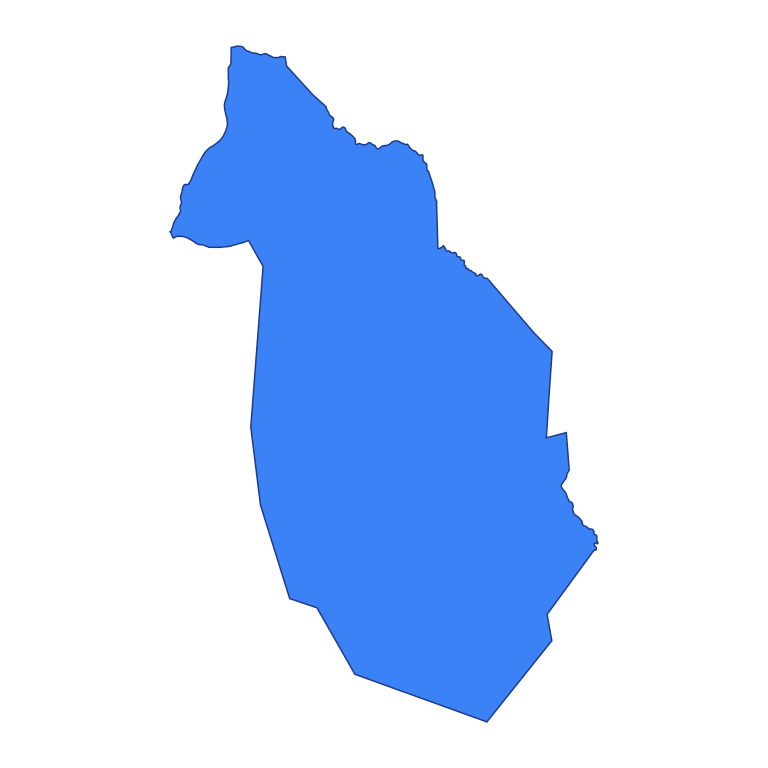 the district of Olá, Coclé, Panama
{"feature_id": "35544464B52438824154031", "entity_name": "Olá", "entity_type": "district", "adm_level": 2, "iso_a3": "PAN", "parent_name": "Panama", "parent_adm1": "Coclé", "projection": "equal_earth", "projection_center": [-80.675, 8.498], "detail": "fine", "context": "isolated", "style": "filled", "palette": "blue", "viewbox_px": 768, "rotation_deg": 0, "n_neighbors": 0, "source": "geoboundaries", "source_scale": "gbopen_adm2", "svg_char_len": 6059}
<svg xmlns="http://www.w3.org/2000/svg" viewBox="0 0 768 768"><path d="M285.2,56.9L284.1,56.9L280.6,56.5L280.3,56.6L279.5,57.2L279.1,57.4L274.7,57.7L274.1,57.6L273.1,57.3L270.3,55.9L268.2,55.0L266.6,54.0L266.0,53.7L265.2,53.7L263.8,53.9L263.1,54.1L262.1,54.5L261.0,54.7L259.4,54.6L259.0,54.5L257.6,53.7L257.0,53.5L255.3,53.2L253.2,53.0L251.5,52.7L249.5,51.6L246.8,50.8L245.8,50.2L245.2,49.7L243.6,47.7L243.2,47.4L242.5,46.9L241.6,46.6L240.6,46.3L238.5,46.1L237.3,46.1L235.6,46.5L233.5,47.1L231.2,47.4L231.1,48.7L231.2,51.6L230.9,63.5L230.7,64.2L230.4,64.8L228.6,67.2L228.4,67.8L228.2,68.8L228.2,69.6L228.3,71.6L228.4,76.1L228.2,78.4L228.5,79.9L228.7,82.4L228.4,86.3L227.9,91.0L227.6,92.8L227.2,94.8L226.2,98.0L224.9,102.0L224.6,103.4L224.4,104.9L224.5,107.2L224.8,109.7L225.2,111.7L226.1,115.4L226.6,117.5L227.2,121.1L227.3,122.4L227.4,123.8L227.3,125.1L227.0,126.8L226.5,128.5L225.3,131.8L223.8,135.1L222.5,137.3L221.1,139.1L219.4,140.8L215.9,143.8L213.1,145.8L210.4,147.2L209.0,148.3L206.5,150.6L204.8,152.6L202.7,156.0L197.7,164.8L195.5,169.5L193.2,174.3L192.2,176.9L191.1,179.8L190.0,181.6L188.8,183.7L188.3,184.2L187.5,184.5L186.4,184.6L185.0,184.5L184.6,184.6L184.0,185.1L183.4,186.1L182.7,187.6L182.3,188.8L182.2,189.4L182.4,190.2L182.2,191.1L182.0,191.8L180.9,195.2L180.5,197.0L180.5,197.8L180.6,198.5L180.9,199.7L181.3,200.9L181.5,202.1L181.4,202.9L181.1,204.0L180.3,205.9L180.1,206.6L180.1,207.8L180.5,210.7L180.5,211.4L180.2,212.1L177.8,216.5L177.5,216.8L176.6,217.6L176.1,218.4L175.3,219.9L173.9,222.6L173.7,223.3L172.3,227.9L171.1,231.0L170.9,231.4L170.6,231.6L170.1,231.7L171.3,233.7L172.8,237.4L173.0,237.7L173.3,237.9L173.6,238.0L173.9,237.9L176.3,236.6L177.1,236.3L181.2,236.3L183.6,236.6L186.6,237.5L188.2,238.2L191.0,239.9L193.2,241.1L195.6,243.0L198.2,244.3L199.6,244.7L202.3,244.7L203.2,244.8L204.0,245.1L205.3,245.9L208.9,247.2L210.2,247.3L220.2,247.3L223.6,246.9L226.8,246.7L230.3,246.2L231.1,246.0L233.7,244.9L235.9,244.6L240.1,243.2L242.5,242.8L247.5,240.9L248.6,240.6L263.1,266.4L250.8,427.1L260.5,505.1L289.7,598.6L317.0,607.8L354.9,674.3L486.9,721.9L551.8,640.7L547.1,614.5L547.3,614.1L593.9,550.4L594.4,550.2L595.5,550.2L596.1,549.8L596.3,549.3L596.4,548.8L596.4,548.3L596.3,547.8L595.9,546.9L595.1,546.1L594.4,545.3L594.2,544.8L594.1,544.3L594.3,543.6L594.6,543.3L595.2,543.0L596.0,543.2L597.2,543.8L597.6,543.6L597.9,543.1L597.9,542.8L597.8,542.4L597.0,540.9L596.8,540.5L596.8,536.5L596.7,535.9L596.5,535.5L596.2,535.1L595.4,534.9L594.6,534.7L594.2,534.4L594.0,533.6L594.1,532.4L594.0,531.7L593.5,530.6L593.0,529.8L592.7,529.5L592.5,529.4L590.5,528.9L589.9,528.9L589.2,529.2L588.9,529.2L588.4,528.8L587.9,527.8L586.9,527.0L585.2,526.1L584.0,525.8L583.3,525.4L582.9,524.9L582.6,524.4L582.3,523.4L582.0,521.5L581.8,521.0L581.5,520.6L580.5,519.6L579.6,518.4L578.4,517.2L577.0,516.1L574.9,514.9L574.4,514.4L574.1,513.9L573.6,513.1L573.3,511.4L572.7,510.2L572.6,509.0L573.0,507.5L573.1,506.2L572.9,504.9L572.6,503.8L572.1,502.9L571.6,502.4L569.2,501.3L568.9,501.1L568.7,500.6L568.8,500.2L567.4,497.7L566.4,494.3L565.9,493.3L565.1,492.0L562.1,488.2L561.6,487.4L561.3,486.6L561.2,485.7L561.4,484.9L561.9,483.9L562.9,482.5L565.3,479.3L565.9,478.4L566.4,477.1L566.8,475.8L566.9,474.3L567.0,473.8L569.2,470.2L566.3,432.6L546.3,437.8L548.9,398.0L552.1,351.4L533.8,332.7L487.3,278.4L485.3,278.2L483.9,277.9L483.5,277.6L483.0,277.1L482.6,276.0L481.9,274.7L481.6,274.3L481.1,274.1L480.7,274.1L480.2,274.2L479.9,274.4L479.1,275.1L478.1,275.5L477.0,275.6L476.0,275.5L475.8,275.2L475.8,274.0L475.7,273.8L475.4,273.5L472.5,272.0L472.1,271.7L471.4,270.9L471.0,270.6L470.3,270.4L469.4,270.4L469.0,270.2L468.5,269.7L468.1,268.9L467.9,268.6L467.0,268.4L466.5,268.6L466.3,268.5L466.0,268.1L465.8,266.4L465.2,266.0L464.7,265.4L464.2,264.6L464.1,264.1L464.2,263.3L464.4,262.3L464.4,261.8L464.3,261.2L464.0,260.6L463.7,260.3L462.0,260.3L461.5,260.2L461.1,259.8L460.8,259.2L460.6,258.1L460.4,257.6L460.2,257.2L459.9,257.0L459.2,256.8L457.7,256.9L457.3,256.7L457.0,256.2L456.7,255.0L456.1,253.4L455.8,253.0L455.4,252.6L454.9,252.4L454.3,252.4L453.9,252.5L453.1,253.0L452.3,253.0L452.0,252.9L451.2,252.4L450.1,252.1L449.9,251.5L449.0,251.0L448.4,250.9L446.8,250.9L446.5,250.8L446.0,250.2L445.6,249.3L445.0,248.3L444.7,247.3L444.3,246.7L443.9,246.1L443.5,245.8L443.0,246.0L442.5,246.7L441.9,247.3L440.9,247.6L440.2,248.4L439.5,248.4L438.7,248.7L437.9,248.7L436.6,204.6L436.7,202.8L436.7,201.6L436.3,200.4L435.4,198.6L435.0,197.1L434.8,196.1L434.9,193.4L434.7,191.2L434.5,190.4L433.9,188.5L432.3,182.7L428.3,171.0L427.5,170.9L427.3,170.7L427.1,170.3L427.0,169.8L426.9,168.9L426.7,164.9L426.5,164.1L426.1,163.4L425.0,162.8L424.4,162.3L423.5,161.2L423.2,160.4L422.9,158.9L423.0,156.0L422.9,155.5L422.7,155.1L422.4,154.9L422.1,154.8L419.7,155.1L419.1,155.1L418.9,155.0L417.8,154.1L417.2,153.1L416.6,152.5L415.0,151.0L414.3,150.7L412.8,150.4L412.2,150.1L410.0,147.9L407.9,144.7L407.5,144.3L407.1,144.3L406.2,144.5L405.0,144.5L403.3,143.4L402.1,143.3L401.5,143.0L400.4,142.3L399.2,141.5L397.9,141.0L394.9,141.0L392.7,141.7L392.2,141.9L390.0,143.9L389.3,144.4L388.6,144.8L386.8,145.4L386.2,145.5L385.2,145.5L382.2,146.1L381.7,146.4L379.0,148.6L378.5,148.8L377.8,148.9L377.3,148.7L376.6,148.2L376.0,147.4L375.3,146.0L374.8,145.5L372.3,144.3L371.1,143.5L370.2,142.8L369.9,142.6L369.3,142.6L368.4,142.9L367.7,143.3L367.0,144.0L366.5,144.3L365.5,144.7L364.5,144.9L363.9,144.9L362.7,144.7L359.5,143.5L358.2,143.8L357.0,144.5L356.5,144.6L356.1,144.5L355.7,144.1L355.5,143.8L355.5,143.2L355.6,142.2L355.4,140.3L355.2,139.4L354.8,138.6L353.4,137.0L351.7,135.3L349.4,133.4L347.6,132.2L346.6,131.3L345.9,130.2L345.2,128.3L344.7,127.7L343.6,127.2L342.8,127.1L342.1,127.5L340.3,129.0L339.5,129.5L336.5,128.3L334.9,128.5L334.2,128.3L333.7,127.9L333.4,127.1L332.6,124.7L332.5,124.0L332.6,123.5L332.9,122.4L333.5,120.0L333.6,119.2L333.5,118.7L333.1,118.0L332.6,117.4L329.9,115.4L329.4,114.9L328.7,113.2L327.9,111.2L327.0,109.9L326.7,109.2L326.2,107.9L326.1,106.8L325.9,106.4L325.1,105.8L313.0,95.0L286.6,66.0L285.2,56.9Z" fill="#3b82f6" stroke="#1e3a8a" stroke-width="1.5"/></svg>